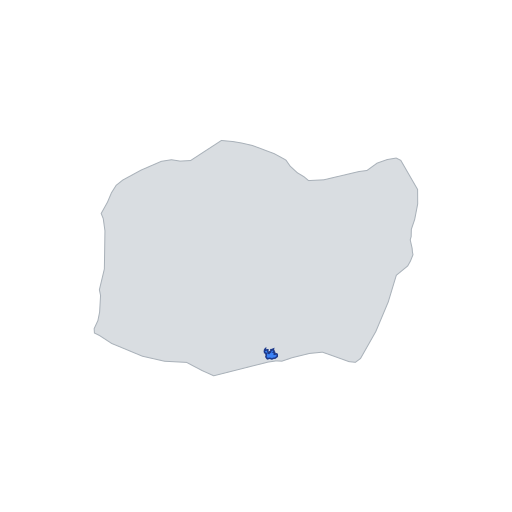 location of Maseru (Berea Distict), Berea, Lesotho, rotated 228°
{"feature_id": "5366337B16311168562684", "entity_name": "Maseru (Berea Distict)", "entity_type": "district", "adm_level": 2, "iso_a3": "LSO", "parent_name": "Lesotho", "parent_adm1": "Berea", "projection": "equal_earth", "projection_center": [27.544, -29.28], "detail": "fine", "context": "in_parent", "style": "filled", "palette": "blue", "viewbox_px": 512, "rotation_deg": 228, "n_neighbors": 0, "source": "geoboundaries", "source_scale": "gbopen_adm2", "svg_char_len": 3432}
<svg xmlns="http://www.w3.org/2000/svg" viewBox="0 0 512 512"><g transform="rotate(228 256 256)"><path d="M319.9,338.0L308.6,342.0L307.1,342.4L299.9,341.5L290.3,342.4L282.7,344.7L276.9,345.5L267.3,357.3L249.9,389.0L245.3,395.7L244.0,408.1L239.9,418.0L235.0,425.7L230.2,427.6L215.7,424.5L197.3,420.6L186.5,411.0L177.0,398.4L171.9,389.3L166.6,384.3L164.8,381.4L157.3,377.2L154.4,375.0L151.9,373.5L148.9,367.4L147.1,362.1L147.8,347.4L142.5,338.6L133.4,323.6L127.6,311.3L119.7,294.5L114.9,280.1L109.9,265.1L110.5,258.7L115.3,254.4L129.3,246.9L140.1,241.0L147.9,230.4L156.4,214.5L160.5,204.9L164.7,200.6L169.2,193.8L177.1,178.9L185.9,162.2L195.3,144.4L207.1,139.2L223.4,133.2L239.0,117.6L257.6,104.5L287.6,90.2L301.6,86.5L306.9,84.4L310.3,87.1L313.8,95.3L318.9,102.2L330.7,114.1L335.7,117.0L347.8,134.6L360.8,146.7L375.8,160.6L386.0,167.5L391.2,169.4L395.4,181.7L399.7,190.9L402.1,199.4L401.6,207.8L396.7,228.2L389.7,249.0L384.1,257.6L377.3,263.1L370.7,271.3L368.1,288.0L365.0,307.6L356.3,315.6L349.6,320.9L340.3,327.4L319.9,338.0Z" fill="#d9dde1" stroke="#a8b0b8" stroke-width="1"/><path d="M171.8,195.6L171.8,195.8L171.7,195.8L171.6,196.0L171.6,196.3L171.6,196.5L171.4,196.8L171.3,197.0L171.2,197.1L171.1,197.3L171.0,197.5L170.9,197.7L170.8,197.8L170.7,197.9L170.5,198.0L170.3,198.1L170.2,198.2L169.9,198.3L169.7,198.4L169.7,198.5L169.3,198.6L169.2,198.7L168.9,198.8L168.7,199.1L168.7,199.3L168.6,199.8L168.5,200.0L168.4,200.2L168.4,200.3L168.3,200.5L168.2,200.7L168.1,200.9L167.8,201.2L167.7,201.4L167.6,201.5L167.4,201.6L167.3,201.9L167.3,202.0L167.3,202.3L167.2,202.4L167.2,202.5L167.2,202.8L167.3,202.9L167.3,203.0L167.2,203.2L167.2,203.3L167.2,203.5L167.1,203.8L167.1,204.0L167.1,204.3L167.1,204.5L167.3,204.8L167.5,204.9L167.6,205.0L167.8,205.2L167.9,205.3L168.0,205.4L168.2,205.5L168.3,205.5L168.5,205.7L168.6,205.8L168.8,206.0L169.0,206.0L169.1,205.9L169.3,205.9L169.5,205.8L169.7,205.7L169.8,205.6L169.9,205.4L170.0,205.3L170.0,205.2L170.2,204.9L170.2,204.7L170.3,204.7L170.3,204.4L170.4,204.2L170.5,204.1L170.6,203.9L170.8,203.8L170.9,204.0L171.0,204.0L171.3,204.3L171.4,204.5L171.4,204.8L171.5,204.9L171.5,205.0L171.7,205.3L171.8,205.3L172.0,205.3L172.2,205.5L172.3,205.5L172.4,205.1L172.7,204.7L172.9,204.5L173.0,205.0L173.1,205.5L173.4,205.8L173.9,206.1L174.2,206.2L174.5,206.1L174.8,206.0L175.1,206.3L175.3,206.7L175.6,205.9L175.7,205.5L175.3,205.1L175.5,204.8L176.2,204.7L176.4,204.5L176.4,204.3L175.8,204.1L175.5,203.1L175.3,202.9L175.1,202.9L174.9,202.7L174.9,202.3L175.3,202.3L175.7,202.0L175.7,201.8L175.6,201.6L175.4,201.3L175.1,201.0L174.9,200.8L174.8,200.5L175.1,200.2L175.4,200.0L175.6,200.3L176.0,200.3L176.5,200.6L177.0,200.9L177.4,201.0L177.7,201.4L178.1,201.9L178.3,202.1L178.7,201.8L178.9,201.3L179.1,200.9L179.4,200.7L179.5,200.6L179.4,200.4L179.4,200.2L179.7,199.8L180.1,199.7L180.3,200.0L180.5,200.4L180.6,200.9L180.8,201.1L180.8,200.5L180.6,199.8L180.4,199.4L180.1,199.1L179.8,198.8L179.7,198.6L179.5,198.4L179.3,198.2L179.0,198.1L178.6,197.9L178.4,197.7L178.2,197.8L177.8,197.9L177.8,198.0L177.6,198.1L177.4,198.1L177.2,198.3L176.7,198.5L176.3,198.1L176.4,197.9L176.2,197.8L176.1,197.5L175.8,197.4L175.5,197.4L175.2,197.1L175.0,196.7L174.9,196.4L174.8,196.2L174.6,196.1L174.4,195.9L174.2,196.0L174.0,195.8L173.7,195.8L173.4,195.7L173.1,195.7L172.8,195.6L172.6,195.6L172.6,195.8L172.4,196.0L172.2,196.0L172.0,195.9L171.9,195.8L171.8,195.6Z" fill="#3b82f6" stroke="#1e3a8a" stroke-width="1.5"/></g></svg>